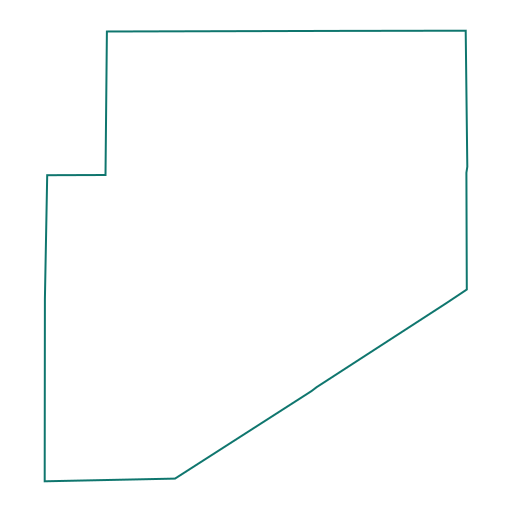 the district of Decatur, Indiana, United States of America
{"feature_id": "52423323B40737973056540", "entity_name": "Decatur", "entity_type": "district", "adm_level": 2, "iso_a3": "USA", "parent_name": "United States of America", "parent_adm1": "Indiana", "projection": "mercator", "projection_center": [-85.465, 39.292], "detail": "fine", "context": "isolated", "style": "outline", "palette": "teal", "viewbox_px": 512, "rotation_deg": 0, "n_neighbors": 0, "source": "geoboundaries", "source_scale": "gbopen_adm2", "svg_char_len": 301}
<svg xmlns="http://www.w3.org/2000/svg" viewBox="0 0 512 512"><path d="M466.8,289.5L466.4,172.7L467.3,166.8L465.7,30.7L340.1,30.9L106.9,31.5L105.5,175.0L47.2,175.2L44.9,299.1L44.7,481.3L175.0,478.6L311.6,391.0L316.7,387.1L446.7,302.9L466.8,289.5Z" fill="none" stroke="#0f766e" stroke-width="2"/></svg>